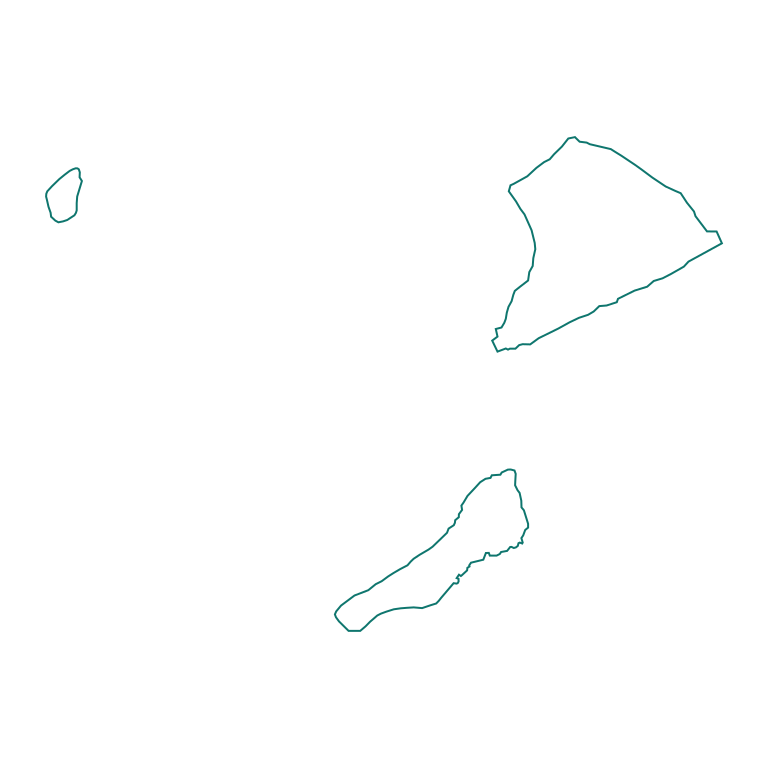 Parem, Federated States of Micronesia
{"feature_id": "79324940B22754223687783", "entity_name": "Parem", "entity_type": "district", "adm_level": 2, "iso_a3": "FSM", "parent_name": "Federated States of Micronesia", "parent_adm1": "", "projection": "mercator", "projection_center": [151.781, 7.352], "detail": "fine", "context": "isolated", "style": "outline", "palette": "teal", "viewbox_px": 768, "rotation_deg": 0, "n_neighbors": 0, "source": "geoboundaries", "source_scale": "gbopen_adm2", "svg_char_len": 2597}
<svg xmlns="http://www.w3.org/2000/svg" viewBox="0 0 768 768"><path d="M520.4,208.9L524.5,214.4L531.6,230.3L534.7,242.9L535.3,249.2L533.3,258.2L532.7,266.0L529.3,272.1L528.1,280.5L519.8,286.9L514.8,290.9L513.3,294.9L511.6,301.2L508.5,306.8L506.8,312.7L505.8,318.8L504.3,322.8L501.5,327.5L495.8,329.0L497.5,336.6L492.2,340.6L497.5,351.6L505.8,348.5L508.0,349.6L509.8,348.7L515.4,348.7L519.2,345.1L522.6,344.2L530.2,344.4L538.7,338.2L558.4,328.5L569.6,322.3L579.0,317.8L588.1,314.8L593.7,311.5L599.3,306.1L600.6,306.0L606.6,305.5L616.8,302.2L618.0,298.8L634.6,290.6L647.2,286.7L653.7,281.0L662.6,278.3L671.1,273.9L683.9,266.6L688.5,261.6L721.9,243.3L716.6,231.5L707.0,231.4L695.5,216.2L694.0,211.5L687.0,202.8L680.7,193.2L675.5,191.0L665.7,186.5L652.4,177.6L641.4,169.4L635.1,164.9L621.2,155.6L615.2,151.9L610.8,149.1L589.8,144.2L586.7,142.6L579.6,141.7L574.9,137.1L568.3,138.5L561.9,146.6L554.1,154.2L549.7,159.3L544.1,162.1L536.5,167.8L535.3,168.9L527.3,176.3L518.3,181.3L513.6,183.9L510.5,185.3L508.8,191.3L516.0,201.4L520.4,208.9ZM525.2,530.0L528.1,527.6L528.1,523.8L523.9,510.3L521.5,507.4L521.3,500.7L519.6,492.9L517.6,490.3L515.1,485.3L515.3,480.9L515.7,473.9L514.5,470.5L510.7,469.5L507.9,469.6L501.7,472.5L500.4,474.7L491.8,475.3L490.5,477.9L485.5,478.8L480.2,482.2L475.0,487.9L467.5,495.9L463.5,502.6L461.4,505.6L462.1,509.9L458.9,514.2L458.8,517.2L455.2,520.2L454.9,522.8L453.8,525.2L448.6,528.6L447.0,532.8L432.6,546.7L428.5,549.6L419.6,554.8L413.6,558.8L410.7,561.6L407.5,565.3L400.2,569.1L393.7,572.9L388.2,576.4L381.7,581.2L375.7,584.2L368.3,590.2L354.5,595.5L341.0,605.6L336.2,611.4L334.9,614.4L336.0,617.3L339.0,621.4L348.6,630.9L360.2,630.9L365.6,626.3L370.0,621.8L377.3,615.5L381.0,613.6L386.5,611.6L393.8,609.3L400.8,608.3L407.1,607.8L413.7,607.4L422.1,608.1L430.7,605.2L436.2,603.5L438.8,600.8L441.1,597.9L453.6,583.2L456.7,583.6L457.8,583.0L458.6,581.4L458.5,578.8L456.7,578.1L459.0,574.7L460.9,576.0L461.7,575.4L467.1,570.4L467.4,567.8L469.5,566.5L469.2,565.4L471.0,562.7L483.3,559.7L485.9,553.0L488.8,552.9L489.8,555.6L496.6,555.6L499.8,554.0L501.1,552.0L507.1,550.9L510.2,547.0L511.5,546.9L513.8,548.0L515.9,547.4L517.8,545.9L518.5,543.2L519.8,542.6L522.2,543.5L522.7,542.6L521.4,538.1L523.2,535.4L525.2,530.0ZM81.9,181.0L79.6,177.3L79.8,172.3L78.8,169.3L77.5,168.4L75.7,168.3L72.8,169.3L69.7,170.9L64.7,174.7L59.3,179.1L52.0,186.2L47.3,191.3L46.3,193.8L46.1,196.6L46.9,199.7L48.5,206.8L50.6,212.7L51.1,216.7L55.3,220.6L58.4,222.3L63.0,221.4L67.2,220.0L74.4,215.3L75.9,212.9L76.7,210.4L76.7,203.1L77.2,196.5L81.9,181.0Z" fill="none" stroke="#0f766e" stroke-width="2"/></svg>